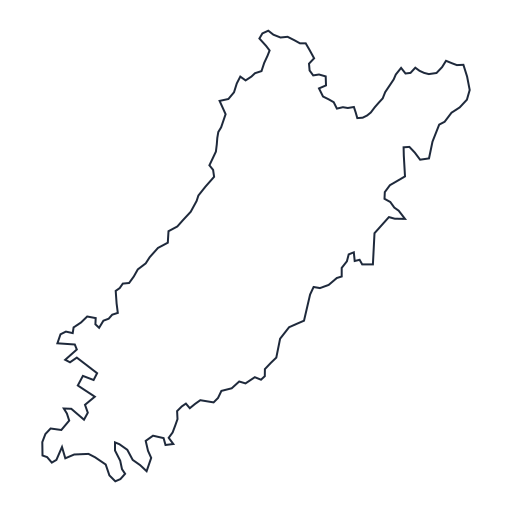 the district of Quatro Irmãos, Rio Grande do Sul, Brazil
{"feature_id": "56859067B55924699188620", "entity_name": "Quatro Irmãos", "entity_type": "district", "adm_level": 2, "iso_a3": "BRA", "parent_name": "Brazil", "parent_adm1": "Rio Grande do Sul", "projection": "equal_earth", "projection_center": [-52.476, -27.847], "detail": "fine", "context": "isolated", "style": "outline", "palette": "slate", "viewbox_px": 512, "rotation_deg": 0, "n_neighbors": 0, "source": "geoboundaries", "source_scale": "gbopen_adm2", "svg_char_len": 2708}
<svg xmlns="http://www.w3.org/2000/svg" viewBox="0 0 512 512"><path d="M463.4,64.8L456.9,65.1L452.1,63.3L446.0,60.8L442.1,67.1L436.5,73.0L428.8,74.1L424.1,72.9L419.5,70.8L415.3,67.7L410.5,72.9L405.5,73.5L401.1,67.9L395.8,74.5L393.7,79.4L390.1,84.8L385.2,92.1L382.7,98.4L379.0,102.4L374.8,107.2L370.8,112.5L367.1,115.5L362.7,117.7L357.3,118.1L355.7,112.5L353.9,107.0L347.8,108.0L342.9,107.2L336.9,108.6L333.7,102.2L328.8,99.4L323.0,96.5L319.0,88.4L326.0,85.4L325.7,76.4L319.0,74.5L313.2,75.4L309.6,70.5L309.0,63.7L314.1,58.3L309.9,50.6L305.7,43.3L299.9,43.3L294.5,40.3L287.6,36.8L280.5,37.5L273.4,34.7L268.3,30.7L262.4,33.4L259.4,38.5L266.1,45.9L269.6,50.5L267.5,55.8L264.2,62.9L261.5,71.1L255.0,73.2L251.4,76.6L245.6,80.4L240.3,76.6L236.8,83.4L234.0,92.3L228.4,99.0L219.6,100.9L225.6,114.2L221.1,127.4L218.3,132.0L217.3,137.9L216.8,144.3L215.9,151.6L212.5,158.8L209.4,165.3L213.1,169.9L214.1,176.8L205.4,186.7L198.4,195.5L196.6,201.0L190.7,211.8L182.8,220.3L177.3,226.5L168.5,231.2L167.8,242.7L158.0,247.9L149.7,257.2L145.7,263.4L137.8,269.4L133.8,276.5L129.1,283.0L122.8,283.6L119.7,288.1L115.7,290.9L116.6,303.5L117.8,312.9L112.2,314.7L108.7,318.7L103.4,320.7L99.1,327.8L95.4,324.3L95.7,318.1L87.2,316.5L81.0,322.5L73.6,327.4L72.7,333.1L65.9,331.6L60.5,334.3L57.4,343.3L74.8,344.5L76.8,349.5L65.2,359.8L70.0,362.3L76.8,357.6L97.1,373.2L93.6,380.0L82.9,375.9L77.8,385.5L94.8,396.7L85.0,404.8L87.8,412.7L84.0,419.7L71.3,408.8L63.8,408.5L66.9,413.5L69.2,420.6L61.3,430.0L50.6,428.5L45.4,434.0L42.3,442.1L42.5,455.5L47.1,457.1L51.8,462.6L56.4,459.9L59.0,453.9L62.0,447.0L65.3,458.3L74.2,454.5L88.5,453.9L95.1,457.3L105.7,464.5L109.4,475.4L115.3,481.3L120.4,479.1L125.1,473.8L122.0,469.2L120.2,460.7L115.0,450.5L115.0,442.4L119.4,444.2L127.3,449.8L132.7,459.9L140.1,465.1L146.6,471.2L151.2,457.9L148.0,450.8L145.7,440.9L153.0,435.7L163.6,438.1L165.5,445.0L173.3,444.0L168.7,437.8L172.6,432.5L175.2,425.6L177.5,419.1L177.1,411.1L181.8,406.4L185.9,403.6L189.8,408.2L195.2,403.8L200.3,400.2L213.6,402.4L218.0,398.0L221.4,390.9L231.7,388.3L239.2,381.5L245.5,383.4L254.8,377.2L261.0,379.7L264.8,376.2L264.9,369.1L270.8,362.9L276.3,357.6L280.1,338.7L289.1,327.2L296.8,323.8L304.0,320.7L310.1,294.5L313.6,287.0L319.9,288.1L328.7,284.9L336.8,278.0L341.7,276.5L341.7,267.9L346.9,261.3L348.7,254.4L353.8,252.3L354.7,261.0L359.6,259.8L362.2,264.4L372.9,264.4L374.5,233.2L388.9,217.1L394.7,218.7L405.0,218.9L398.7,210.7L394.3,207.6L390.3,202.0L384.5,198.8L384.8,192.1L389.9,185.2L405.0,176.4L403.8,155.6L403.6,147.3L409.4,146.9L414.8,152.6L420.1,159.7L429.0,158.4L432.5,141.6L439.2,124.6L444.6,121.8L451.5,112.7L459.7,107.4L466.9,99.7L469.7,90.0L467.1,76.6L463.4,64.8Z" fill="none" stroke="#1e293b" stroke-width="2"/></svg>